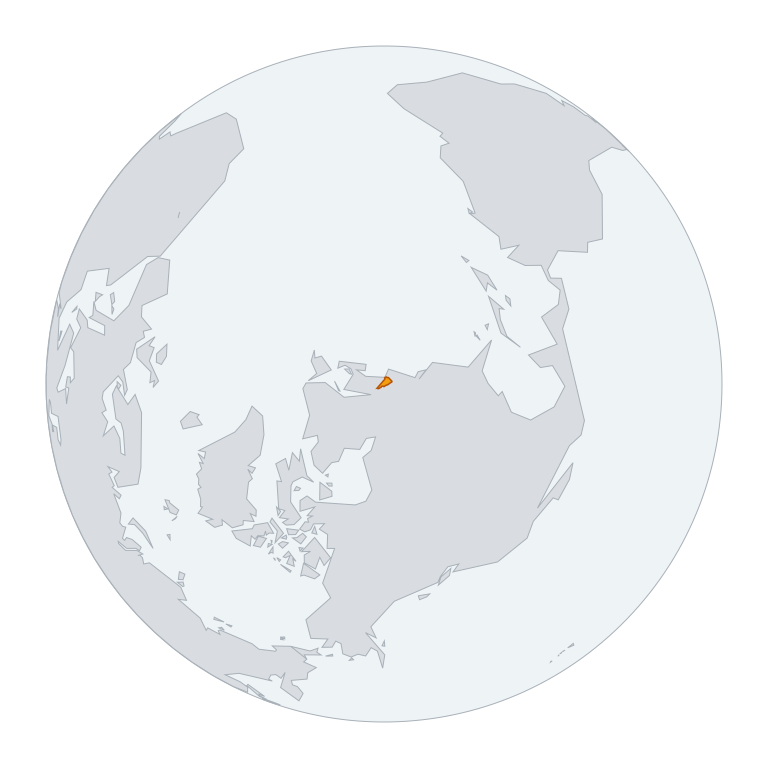 the Earth from above New Hampshire, rotated 224°
{"feature_id": "USA-3538", "entity_name": "New Hampshire", "entity_type": "State", "adm_level": 1, "iso_a3": "USA", "parent_name": "United States of America", "parent_adm1": "", "projection": "orthographic", "projection_center": [-71.585, 44.003], "detail": "coarse", "context": "on_globe", "style": "filled", "palette": "amber", "viewbox_px": 768, "rotation_deg": 224, "n_neighbors": 0, "source": "natural_earth", "source_scale": "10m", "svg_char_len": 10437}
<svg xmlns="http://www.w3.org/2000/svg" viewBox="0 0 768 768"><g transform="rotate(224 384 384)"><circle cx="384" cy="384" r="338" fill="#eef3f6" stroke="#a8b0b8"/><path d="M369.5,721.6L379.1,721.2L372.2,721.3L374.6,717.8L384.7,712.5L391.9,687.0L384.7,680.6L358.8,671.9L327.6,640.1L335.9,627.4L329.1,620.1L351.4,600.8L345.6,579.6L337.7,575.9L329.8,583.3L303.1,566.4L293.9,547.8L214.4,496.9L206.8,484.2L207.8,468.4L187.4,401.4L193.4,458.7L184.3,444.2L178.2,421.7L183.2,419.6L181.2,388.9L174.0,372.6L178.7,334.9L203.8,296.8L205.2,306.5L211.1,296.9L209.7,284.5L207.4,278.8L225.7,234.8L224.8,200.2L213.3,195.9L224.6,192.3L195.3,189.7L187.6,178.7L203.2,187.3L210.1,185.4L208.3,175.6L215.0,171.6L218.0,164.8L226.2,161.3L234.6,167.4L240.1,165.5L238.5,158.7L245.7,151.5L247.2,161.6L259.9,150.2L276.4,160.2L273.8,193.1L289.8,198.1L305.3,231.4L310.7,226.2L320.0,236.6L329.7,234.7L329.8,242.2L337.5,234.4L335.6,228.0L338.3,222.6L343.9,221.1L345.0,230.1L342.3,232.2L345.5,234.1L343.7,239.3L347.8,235.9L348.4,247.5L356.0,234.1L363.4,241.8L361.6,250.0L351.1,251.5L320.7,277.0L315.6,287.1L319.1,299.3L348.2,316.4L347.0,327.2L353.3,340.1L358.9,332.6L356.0,320.1L367.9,310.2L362.9,296.8L367.0,291.1L366.2,277.1L377.9,277.0L389.7,284.8L391.0,296.7L396.2,300.8L404.4,288.1L415.8,309.9L439.1,324.3L440.8,330.6L427.3,344.2L403.5,346.7L385.9,367.4L409.1,352.2L412.9,369.6L418.5,372.0L425.1,370.4L428.2,363.3L432.0,369.3L410.5,385.7L406.8,380.5L413.6,375.1L402.5,376.8L388.0,389.4L391.1,397.9L366.1,410.1L368.0,416.6L363.6,423.4L362.2,412.0L364.1,433.2L335.2,454.6L337.2,490.4L322.5,461.6L309.5,456.7L293.7,454.9L293.7,460.7L272.8,452.2L253.5,459.9L245.7,485.7L252.3,508.0L275.6,514.3L282.9,504.5L300.2,505.2L287.1,533.0L317.2,541.6L313.8,562.3L322.5,573.9L337.7,572.6L353.4,578.6L364.8,567.3L383.0,560.9L383.4,577.5L393.5,562.2L403.7,569.9L440.0,566.2L437.2,570.3L467.8,584.8L500.7,585.8L508.4,594.8L504.5,602.4L515.8,601.1L516.0,605.3L560.9,595.9L583.4,595.4L582.3,608.5L562.9,630.9L543.8,662.2L508.4,680.9L498.4,690.6L469.1,705.8L447.8,709.3L453.0,711.4L440.4,715.0L426.3,716.9L423.2,718.5L412.7,719.5L419.2,719.6L401.7,721.4L402.3,721.4L369.5,721.6ZM66.0,328.0L68.6,321.8L67.7,328.9L66.0,328.0ZM69.7,315.8L68.9,318.4L69.5,315.8L69.7,315.8ZM69.9,312.6L69.8,314.9L69.6,312.8L69.9,312.6ZM69.8,308.9L70.0,310.6L69.8,310.6L69.8,308.9ZM335.2,501.9L369.7,519.7L349.8,521.0L353.6,518.2L345.0,511.1L328.7,503.7L311.4,505.2L335.2,501.9ZM70.6,301.5L71.0,299.5L71.4,300.5L70.6,301.5ZM351.2,483.9L345.2,482.3L351.1,482.5L351.2,483.9ZM205.2,277.1L209.0,284.8L207.8,297.8L203.9,291.7L205.2,277.1ZM208.6,253.5L212.2,255.5L205.3,264.8L205.4,260.7L208.6,253.5ZM203.6,194.3L205.3,199.4L201.3,195.9L203.6,194.3ZM217.0,164.6L214.3,164.5L217.0,161.1L217.0,164.6ZM359.8,278.2L362.9,277.7L361.5,280.5L359.8,278.2ZM356.5,272.8L352.6,276.5L350.4,274.5L352.9,272.3L356.5,272.8ZM231.9,152.7L237.0,147.7L233.3,153.8L231.9,152.7ZM361.8,268.8L347.1,270.6L343.4,267.1L349.7,255.9L361.8,268.8ZM241.0,145.4L253.2,133.8L248.4,132.4L268.9,130.5L251.7,140.6L247.9,148.2L246.1,144.4L241.0,145.4ZM332.5,226.7L334.9,233.4L327.8,229.3L332.5,226.7ZM327.3,225.4L301.7,221.9L301.0,211.8L309.8,214.7L304.8,203.3L317.1,200.0L322.6,205.6L320.6,212.6L326.8,206.1L327.3,225.4ZM278.3,131.7L282.5,130.1L279.7,133.0L278.3,131.7ZM338.8,220.1L333.7,220.1L332.8,211.2L342.9,209.7L339.9,213.0L338.8,220.1ZM297.5,202.1L298.6,195.6L308.8,191.0L310.6,188.0L317.3,199.1L297.5,202.1ZM343.0,214.3L348.0,209.3L353.5,212.3L343.8,219.6L343.0,214.3ZM328.3,209.7L328.3,205.5L331.6,207.3L328.3,209.7ZM375.9,220.9L369.8,220.5L368.8,215.8L375.9,220.9ZM349.5,207.3L347.6,206.3L346.5,204.5L350.9,202.0L349.5,207.3ZM324.1,195.3L328.1,194.9L321.9,190.5L329.3,187.3L332.4,195.4L334.2,190.6L336.5,189.6L336.5,197.4L324.1,195.3ZM352.1,194.2L358.6,204.2L370.2,205.6L371.4,209.7L352.6,206.8L352.1,194.2ZM342.9,195.4L348.9,195.5L347.4,200.3L342.4,203.2L342.9,195.4ZM333.2,182.3L321.0,185.1L320.7,183.3L333.2,182.3ZM355.7,193.6L354.1,191.3L356.7,193.1L355.7,193.6ZM340.5,184.6L336.2,185.7L336.0,183.6L340.5,184.6ZM354.3,185.9L356.4,188.9L353.1,190.9L354.3,185.9ZM348.2,184.5L349.0,181.3L350.7,189.7L346.3,185.3L348.2,184.5ZM341.0,182.4L339.5,181.5L342.8,182.2L341.0,182.4ZM365.7,177.1L368.6,187.2L361.3,191.3L359.5,180.8L365.7,177.1ZM633.5,156.1L632.6,155.3L638.6,162.2L640.1,163.5L660.2,189.4L677.8,217.1L670.3,211.8L666.3,206.6L666.0,206.2L665.4,205.8L672.4,215.6L668.4,213.7L681.2,224.1L686.6,233.5L697.3,257.5L706.2,282.1L713.1,307.4L718.1,333.2L721.0,359.3L721.9,385.5L720.8,411.7L717.6,437.7L717.1,427.9L717.6,406.1L715.7,404.1L713.0,416.7L709.8,414.3L707.3,420.7L685.8,469.6L674.2,471.9L648.3,455.8L648.5,435.0L639.6,419.5L633.8,320.5L642.6,311.5L649.4,265.4L652.0,262.0L662.1,276.2L675.8,259.1L667.5,241.4L669.2,222.6L663.4,205.6L642.2,181.5L651.6,208.7L642.5,205.0L626.4,175.9L616.6,153.8L612.7,151.8L609.9,159.6L598.5,149.1L607.9,162.1L610.9,160.8L616.8,169.3L614.5,171.1L610.5,167.1L610.9,173.0L629.6,191.7L634.6,192.4L641.2,213.8L650.2,217.3L655.3,226.3L641.9,223.8L636.2,218.8L618.9,225.0L625.5,232.0L642.2,227.0L641.1,231.1L650.1,241.9L642.3,237.0L622.2,241.8L622.1,263.3L637.8,304.9L634.3,318.0L624.2,324.3L602.5,298.2L612.6,272.3L605.1,263.8L589.4,262.0L593.8,254.7L588.6,251.1L591.1,241.6L581.2,223.1L581.6,213.5L564.8,201.7L562.7,195.6L573.3,204.0L580.9,205.3L580.5,183.3L576.7,177.8L565.7,172.2L567.0,167.4L556.5,164.9L549.9,151.7L549.1,166.2L536.2,161.3L525.2,151.5L520.8,152.8L538.7,169.0L546.0,173.3L552.5,172.6L572.3,188.0L575.2,196.7L554.0,191.3L555.8,203.6L538.5,195.0L500.6,154.8L491.4,141.1L503.6,124.9L513.2,129.3L513.6,137.1L525.2,132.8L518.5,131.7L519.5,128.1L507.5,123.5L507.7,120.8L495.9,121.4L494.7,117.6L502.2,117.3L483.5,108.4L477.6,100.6L473.3,100.0L470.3,101.6L464.9,91.3L461.9,91.4L462.6,94.7L457.1,97.2L445.3,97.9L444.1,94.3L448.2,93.5L454.9,87.0L465.9,86.2L464.2,84.9L454.3,84.8L446.2,92.6L439.4,94.2L441.9,89.7L440.5,91.4L436.8,91.1L431.9,87.6L428.5,92.4L389.1,96.6L375.8,91.2L382.4,86.2L353.6,87.9L340.8,83.3L341.4,86.1L328.0,89.9L331.8,91.3L331.1,93.1L298.4,105.5L289.8,106.3L276.4,116.4L276.7,118.1L282.4,118.0L268.9,130.5L248.4,132.4L248.7,128.3L235.7,132.9L238.3,123.4L234.4,118.3L244.8,106.4L240.8,104.0L236.1,106.2L227.2,105.2L225.1,97.0L247.5,93.8L254.8,107.9L253.6,100.8L260.0,99.8L263.3,95.9L262.0,91.6L258.0,92.7L287.3,75.2L296.3,64.5L280.7,69.8L271.4,71.2L268.0,67.5L282.3,61.7L305.4,55.3L329.0,50.6L352.7,47.5L376.7,46.2L400.7,46.5L424.6,48.5L448.3,52.3L471.7,57.6L494.6,64.7L517.0,73.3L538.7,83.6L559.6,95.3L579.7,108.5L598.7,123.1L616.7,138.9L633.5,156.1ZM647.5,360.4L650.5,365.8L647.5,360.4ZM614.1,140.5L603.1,128.4L594.6,124.4L589.6,119.7L588.5,120.3L594.0,124.2L589.3,125.4L579.7,117.5L574.2,115.4L577.6,119.5L595.9,134.2L602.8,132.0L611.0,139.0L614.1,140.5ZM441.1,565.8L445.5,568.5L439.7,569.3L441.1,565.8ZM347.0,528.2L354.3,529.1L358.1,532.0L352.5,532.7L347.0,528.2ZM409.1,528.7L417.5,529.7L408.7,531.8L409.1,528.7ZM375.1,521.8L402.3,528.5L385.0,534.3L367.9,530.0L379.8,528.6L375.1,521.8ZM347.5,494.9L352.1,496.5L350.6,499.9L347.5,494.9ZM355.5,484.2L353.7,484.4L351.5,481.4L355.5,484.2ZM414.2,368.5L416.0,367.4L422.7,367.4L419.6,370.5L414.2,368.5ZM452.4,350.0L457.7,360.0L451.7,354.7L448.4,360.6L431.7,357.5L440.8,333.7L439.7,344.8L452.4,350.0ZM412.0,347.7L421.6,351.7L410.8,348.3L412.0,347.7ZM557.7,243.4L562.9,241.5L568.5,247.7L567.8,261.9L559.7,252.8L557.7,243.4ZM569.0,237.7L548.2,229.5L547.7,221.1L551.5,227.1L553.3,222.3L559.9,230.8L579.9,231.5L586.1,237.2L581.5,259.0L579.6,248.4L574.6,250.5L569.0,237.7ZM495.5,230.2L486.5,228.4L497.3,212.1L504.5,215.8L504.3,229.6L495.7,233.5L495.5,230.2ZM375.8,249.4L371.6,251.0L371.3,248.4L374.6,244.8L375.8,249.4ZM373.1,221.1L393.7,239.9L389.9,242.6L406.4,251.4L403.1,262.0L392.5,255.8L402.2,271.0L391.3,269.7L399.0,279.5L375.8,264.5L366.4,264.5L378.2,260.3L381.6,250.4L380.2,246.2L369.3,234.3L350.7,230.2L351.1,220.4L356.3,214.6L360.8,214.0L359.1,220.4L366.4,215.2L367.4,224.1L373.1,221.1ZM417.1,161.7L413.3,167.7L428.0,161.8L429.1,169.4L430.8,168.3L435.9,173.9L444.9,178.9L443.8,182.5L447.8,183.0L451.2,187.0L456.3,188.9L456.2,196.3L462.4,199.4L458.8,201.2L469.5,204.8L461.5,205.5L465.1,211.2L471.0,207.5L457.9,245.8L458.6,262.5L463.6,276.4L449.1,276.7L435.2,264.2L423.6,246.7L425.0,231.0L418.2,234.4L416.9,228.1L422.8,228.1L412.9,224.4L413.3,219.3L403.0,205.9L388.4,204.6L384.2,199.9L390.2,197.9L381.9,194.8L390.4,188.1L387.6,184.8L393.2,175.2L406.3,173.8L402.2,170.3L406.2,163.3L417.1,161.7ZM367.7,174.5L383.1,170.3L391.3,172.6L378.2,188.4L379.5,192.4L371.4,203.4L359.7,199.9L363.1,197.0L363.7,193.5L367.1,195.9L364.8,191.3L369.4,187.3L368.9,182.8L374.0,182.6L367.7,174.5ZM648.4,252.7L649.3,249.3L649.1,242.9L654.8,249.9L648.4,252.7ZM635.1,256.3L634.9,252.1L642.9,258.1L642.0,262.0L635.1,256.3ZM628.0,245.1L634.3,251.4L630.4,250.3L628.0,245.1ZM572.4,200.3L571.4,196.0L573.9,196.6L577.6,200.3L572.4,200.3ZM461.1,148.6L457.6,151.0L455.6,149.7L444.1,150.7L442.4,145.6L448.6,143.0L461.1,148.6ZM647.7,189.2L653.3,197.5L652.4,198.3L650.7,195.2L647.7,189.2ZM657.2,224.6L658.3,218.6L658.8,226.6L657.2,224.6ZM457.3,143.1L452.7,144.0L454.7,140.9L457.3,143.1ZM440.5,142.0L441.6,138.2L440.8,145.1L440.5,142.0ZM435.9,105.3L453.9,109.1L465.7,109.6L470.6,105.7L471.5,113.3L453.3,112.6L435.9,105.3ZM395.0,97.8L390.9,102.0L387.5,99.8L388.0,98.5L395.0,97.8ZM396.2,100.6L400.8,106.8L395.1,108.9L392.6,103.6L396.2,100.6ZM429.7,123.4L435.2,124.8L433.5,127.1L429.7,123.4ZM247.3,75.0L246.1,75.5L244.8,76.1L247.3,75.0ZM251.8,73.0L253.2,73.5L239.0,79.8L235.5,81.1L240.8,78.1L248.0,74.8L251.8,73.0ZM249.4,75.6L256.4,72.8L273.2,71.8L273.2,73.4L252.9,76.3L258.4,74.0L256.7,73.4L249.4,75.6ZM280.9,128.4L282.4,130.0L278.7,130.1L280.9,128.4ZM333.5,93.8L331.9,96.2L327.8,95.9L333.5,93.8ZM325.3,102.9L331.1,101.5L325.4,104.4L325.3,102.9ZM344.1,98.4L333.7,101.7L342.9,96.5L344.1,98.4Z" fill="#d9dde1" stroke="#a8b0b8" stroke-width="1"/><path d="M384.2,378.3L384.3,377.8L384.7,376.9L385.1,376.4L385.8,376.7L386.1,376.3L386.7,386.6L386.6,387.6L387.1,388.3L387.3,388.4L387.3,388.9L387.6,389.4L387.6,389.5L387.8,389.5L387.3,390.6L386.9,390.6L386.2,391.0L385.9,391.0L385.7,391.4L385.3,391.7L380.2,391.5L379.8,390.9L379.8,390.6L380.0,390.0L380.2,389.9L380.3,388.4L380.5,388.1L380.6,386.6L380.8,386.3L380.9,385.7L381.3,385.3L381.5,384.7L381.8,384.2L381.7,384.0L382.0,383.4L382.1,382.3L382.2,382.1L382.3,382.0L382.8,382.0L383.6,381.4L383.9,381.0L384.0,380.7L383.8,379.6L383.9,379.3L384.3,378.7L384.2,378.3Z" fill="#f59e0b" stroke="#b45309" stroke-width="1.5"/></g></svg>